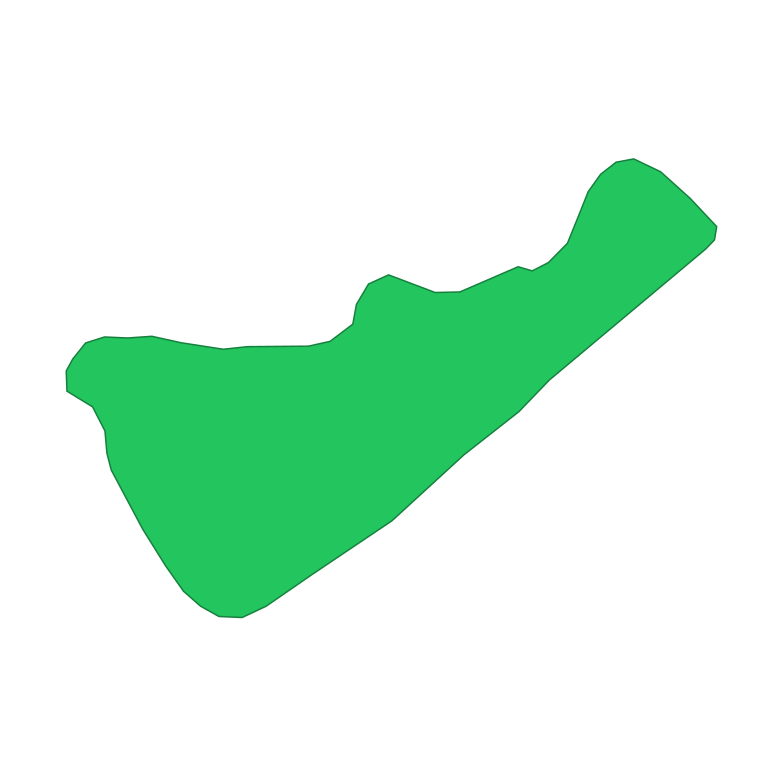 Elobey Chico, Equatorial Guinea (Albers equal-area conic projection), rotated 95°
{"feature_id": "11065452B42024070816207", "entity_name": "Elobey Chico", "entity_type": "district", "adm_level": 2, "iso_a3": "GNQ", "parent_name": "Equatorial Guinea", "parent_adm1": "", "projection": "albers", "projection_center": [9.518, 1.0], "detail": "fine", "context": "isolated", "style": "filled", "palette": "green", "viewbox_px": 768, "rotation_deg": 95, "n_neighbors": 0, "source": "geoboundaries", "source_scale": "gbopen_adm2", "svg_char_len": 753}
<svg xmlns="http://www.w3.org/2000/svg" viewBox="0 0 768 768"><g transform="rotate(95 384 384)"><path d="M211.6,67.3L198.2,66.3L172.4,95.2L148.5,126.9L138.0,154.8L142.8,172.1L156.2,186.5L174.5,197.3L197.1,204.1L227.8,213.5L248.7,230.8L258.4,246.2L255.5,260.6L285.7,316.5L288.4,341.1L274.9,389.0L285.7,408.1L307.1,418.4L327.1,420.3L346.2,441.4L352.9,462.6L358.7,523.2L363.4,547.2L360.6,589.6L356.7,619.4L360.5,643.4L361.5,666.5L369.1,684.8L386.3,696.3L398.7,701.7L418.8,699.2L432.2,672.3L455.1,657.9L477.1,654.0L493.5,648.2L549.7,611.7L584.1,585.8L608.0,565.6L621.4,547.3L630.0,528.1L629.0,505.0L615.6,482.0L580.4,439.5L519.6,364.2L447.5,298.1L399.8,247.2L365.6,219.6L221.4,75.2L211.6,67.3Z" fill="#22c55e" stroke="#15803d" stroke-width="1.5"/></g></svg>